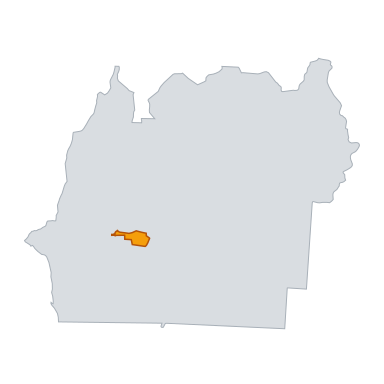 Atbara, River Nile, Sudan shown in context, rotated 181°
{"feature_id": "16777658B19107068109893", "entity_name": "Atbara", "entity_type": "district", "adm_level": 2, "iso_a3": "SDN", "parent_name": "Sudan", "parent_adm1": "River Nile", "projection": "albers", "projection_center": [33.305, 17.884], "detail": "fine", "context": "in_parent", "style": "filled", "palette": "amber", "viewbox_px": 384, "rotation_deg": 181, "n_neighbors": 0, "source": "geoboundaries", "source_scale": "gbopen_adm2", "svg_char_len": 4640}
<svg xmlns="http://www.w3.org/2000/svg" viewBox="0 0 384 384"><g transform="rotate(181 192 192)"><path d="M271.1,316.4L267.3,316.4L266.9,315.5L266.9,313.1L267.4,311.2L268.7,308.3L268.4,306.7L268.6,304.4L267.6,301.8L258.5,294.3L256.7,292.3L251.8,290.4L252.6,288.2L250.7,272.9L251.7,271.1L251.9,268.4L251.9,266.0L253.1,262.1L253.2,260.4L243.6,260.3L243.5,262.0L243.9,263.9L243.9,264.6L230.5,264.6L235.9,270.7L236.1,273.3L235.8,276.6L235.8,278.8L236.1,280.1L237.5,282.8L237.5,283.3L237.1,284.0L227.5,292.0L225.9,295.7L224.6,297.6L221.8,300.9L213.0,309.3L211.5,309.9L204.9,310.1L204.2,310.3L203.7,310.7L203.4,310.6L197.7,305.5L188.3,299.3L181.9,302.3L180.1,303.4L180.0,306.4L179.0,307.8L177.3,309.4L172.6,310.3L170.1,311.2L167.1,312.7L164.2,315.4L164.0,316.8L164.3,318.1L148.0,317.6L147.0,316.6L144.7,312.0L143.1,312.2L128.3,311.2L126.2,311.6L121.9,313.3L119.8,313.6L117.6,312.6L110.2,303.4L108.5,302.3L106.8,300.1L105.2,299.1L104.7,298.4L104.6,297.4L104.7,295.5L104.2,294.2L103.0,293.9L92.5,295.5L91.0,295.3L88.8,295.5L88.0,295.9L87.1,297.0L86.8,299.4L86.5,300.6L85.7,301.9L82.5,304.8L81.8,306.1L81.8,309.5L81.5,311.1L81.1,311.9L79.7,313.1L79.2,313.8L78.5,318.0L76.7,320.6L76.3,321.4L76.1,323.3L75.8,323.8L71.0,325.1L69.2,325.9L68.0,327.3L67.7,327.9L65.7,327.3L63.2,326.8L58.2,326.1L56.3,325.3L55.4,324.3L55.9,321.7L55.4,321.1L54.6,320.6L54.1,319.5L54.3,318.2L57.1,315.3L57.7,313.8L58.8,306.3L58.7,304.0L56.9,299.7L52.5,292.2L51.5,290.7L45.9,284.4L45.2,283.5L44.0,280.9L45.8,275.5L46.0,274.0L45.7,272.4L44.3,271.1L43.0,270.9L41.3,269.3L40.2,268.6L39.3,267.2L38.7,265.3L39.6,258.8L39.3,258.0L37.8,257.6L37.5,257.1L37.6,255.9L37.0,252.1L36.3,249.0L36.9,247.3L35.8,244.9L33.5,243.8L28.7,244.3L27.3,244.1L26.3,243.6L25.7,242.7L25.4,241.7L25.8,240.2L27.3,237.5L29.1,235.3L32.6,233.4L33.5,232.4L34.1,231.2L34.3,229.8L34.1,228.3L33.8,226.9L33.0,225.0L32.2,222.9L32.2,221.4L32.7,220.4L33.7,219.3L37.2,217.0L40.7,215.2L41.3,214.6L41.1,213.7L39.6,212.0L39.4,208.7L38.6,206.5L40.4,204.9L41.7,204.3L43.7,203.9L44.6,203.3L44.9,201.9L44.9,200.6L45.6,199.7L46.7,197.7L47.5,196.8L50.2,194.6L50.9,193.1L51.1,191.6L50.7,187.0L52.3,185.2L54.2,183.7L57.0,184.0L61.2,183.9L64.1,183.4L66.2,183.5L70.8,184.6L71.3,184.2L71.6,183.1L75.9,96.9L94.9,97.8L95.1,97.6L96.9,56.9L215.4,60.3L216.4,60.1L218.3,56.3L219.1,56.1L220.3,56.3L220.7,57.2L219.7,60.3L323.2,59.8L323.5,64.4L324.4,68.2L327.5,73.4L330.0,76.2L331.0,77.8L331.1,78.5L331.0,79.2L330.2,78.4L328.9,77.9L328.8,80.4L329.5,85.5L330.6,89.1L329.9,92.4L330.1,98.0L331.6,104.7L331.4,109.0L333.8,119.0L336.1,124.5L337.3,125.9L338.6,126.6L341.2,127.0L344.9,129.7L348.0,132.6L349.1,134.2L350.5,135.8L351.5,135.5L352.1,135.0L353.1,136.4L357.9,139.3L358.6,140.6L357.0,142.0L355.1,144.4L354.2,146.7L353.7,147.4L352.2,148.8L351.9,149.4L351.3,149.9L350.5,149.9L348.9,150.7L347.5,150.5L346.0,151.0L345.5,151.5L344.3,152.0L342.8,152.3L340.4,154.1L338.3,155.1L337.5,155.9L336.5,159.6L335.7,160.5L332.5,160.7L331.0,161.0L328.9,160.7L327.8,160.8L327.6,161.5L327.3,164.7L327.4,166.1L325.6,169.7L326.3,176.4L324.6,181.5L324.4,182.6L322.7,186.6L321.9,188.1L319.8,195.6L318.9,197.9L317.1,200.4L319.3,218.2L317.8,223.8L318.0,226.7L316.9,231.2L316.0,233.2L314.6,235.7L313.5,238.5L312.5,242.1L311.9,249.0L311.5,249.6L305.8,250.6L304.0,251.1L302.8,251.8L301.3,253.6L298.4,258.5L296.9,261.4L294.5,265.5L291.8,268.4L291.2,269.8L290.7,272.4L289.7,276.5L288.8,279.4L289.0,281.8L288.1,285.8L288.3,287.8L287.3,288.9L286.0,290.0L285.1,290.2L281.0,287.6L278.2,289.4L276.4,292.1L275.0,294.7L275.9,300.4L275.8,301.6L275.4,302.9L272.7,308.4L272.0,311.0L271.1,315.3L271.1,316.4Z" fill="#d9dde1" stroke="#a8b0b8" stroke-width="1"/><path d="M271.5,148.2L271.5,147.3L269.4,147.4L269.0,147.4L268.8,147.4L268.7,147.4L268.3,147.4L268.3,147.2L268.2,147.0L268.1,146.9L267.8,147.1L267.6,147.3L265.0,147.4L258.6,147.6L258.4,143.6L251.9,143.3L250.8,138.4L240.6,137.1L238.0,136.8L237.8,136.8L237.4,137.1L236.6,138.0L236.2,138.7L236.2,138.8L236.0,139.2L235.9,139.3L235.7,139.6L235.5,140.1L235.1,140.9L235.0,141.4L234.8,141.8L234.6,142.3L234.3,143.1L234.2,143.4L234.1,143.6L233.9,144.1L233.7,144.6L233.6,145.0L233.8,145.3L236.9,147.4L237.1,150.0L238.2,150.2L239.9,150.5L242.3,151.0L247.1,152.2L251.1,150.3L254.3,149.5L255.7,149.7L263.7,150.6L265.4,151.6L265.6,152.0L265.8,152.3L266.0,152.3L266.1,152.2L266.2,151.9L266.1,151.7L266.3,151.6L266.5,151.4L267.0,151.4L267.2,151.2L267.6,150.9L267.8,150.7L268.0,150.1L268.3,149.7L268.3,149.4L268.3,149.2L268.2,149.0L268.2,148.9L268.3,148.8L268.5,148.8L268.8,148.8L269.0,148.7L269.3,148.7L269.5,148.6L269.6,148.4L269.8,148.1L270.7,148.2L271.4,148.2L271.5,148.2Z" fill="#f59e0b" stroke="#b45309" stroke-width="1.5"/></g></svg>